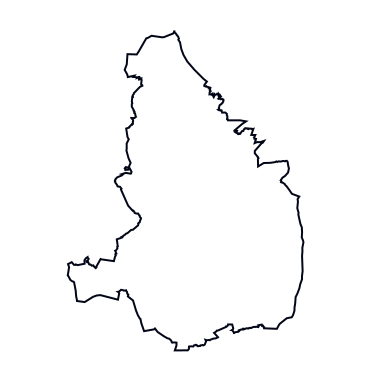 outline of San Miguel de Allende, Guanajuato, Mexico, rotated 95°
{"feature_id": "50627088B14909927143163", "entity_name": "San Miguel de Allende", "entity_type": "district", "adm_level": 2, "iso_a3": "MEX", "parent_name": "Mexico", "parent_adm1": "Guanajuato", "projection": "robinson", "projection_center": [-100.76, 20.913], "detail": "fine", "context": "isolated", "style": "outline", "palette": "ink", "viewbox_px": 384, "rotation_deg": 95, "n_neighbors": 0, "source": "geoboundaries", "source_scale": "gbopen_adm2", "svg_char_len": 6024}
<svg xmlns="http://www.w3.org/2000/svg" viewBox="0 0 384 384"><g transform="rotate(95 192 192)"><path d="M274.6,309.2L277.6,307.9L286.0,308.5L286.3,308.0L290.2,305.5L291.5,303.3L291.7,302.1L292.2,301.6L300.3,299.3L306.6,298.2L308.5,297.5L310.6,297.1L311.0,289.3L305.1,281.5L303.4,277.9L302.7,274.3L305.7,256.4L299.3,255.7L298.2,256.4L297.9,257.0L297.6,256.0L295.6,254.1L295.7,252.6L296.2,251.1L295.7,249.2L296.3,249.1L296.9,248.2L299.1,247.5L299.8,246.5L301.6,246.8L305.2,241.3L315.0,237.4L319.4,235.2L322.7,232.9L322.9,232.3L327.0,231.1L334.8,227.6L332.1,217.7L331.2,217.0L334.4,214.1L338.0,207.7L339.8,203.9L340.2,201.8L341.9,199.7L343.6,199.0L343.8,198.6L343.4,196.9L343.4,194.3L346.4,194.1L351.3,195.3L350.1,182.4L348.6,181.4L346.2,181.5L345.8,179.3L345.8,177.3L344.5,176.5L344.4,175.7L343.9,175.1L344.1,173.9L345.1,173.1L344.7,170.5L344.0,170.2L343.8,168.6L343.5,168.2L343.8,167.2L342.9,166.0L339.6,165.0L338.1,165.7L338.4,164.5L338.0,162.5L338.1,161.3L337.6,160.9L336.2,158.0L335.8,155.8L334.7,153.7L334.4,153.4L330.4,157.7L329.0,155.9L327.9,155.2L327.9,154.4L323.4,146.2L323.0,146.3L322.9,145.6L322.3,145.0L321.1,144.3L320.8,144.4L320.5,140.4L324.3,139.0L325.2,139.3L326.1,140.3L326.1,139.8L327.8,138.5L328.0,138.1L328.8,137.9L328.7,137.5L328.0,137.0L327.2,133.6L326.5,133.0L326.4,133.6L325.8,133.5L324.7,131.1L324.7,130.1L323.7,129.4L323.7,128.9L324.4,129.1L324.4,128.4L322.9,125.6L323.2,124.1L322.4,123.2L322.5,122.1L322.1,121.5L322.2,120.9L321.1,119.2L320.9,116.9L320.6,116.4L320.8,114.2L319.7,113.8L319.0,114.3L318.0,110.9L319.3,110.5L319.1,109.5L320.2,109.1L320.4,108.3L321.5,108.3L320.9,95.5L316.4,93.6L315.3,92.7L309.5,86.6L308.1,81.7L305.8,80.6L301.4,79.6L297.9,79.8L294.4,79.5L287.6,79.6L284.1,78.2L278.4,76.6L274.6,76.2L269.3,74.8L266.4,75.1L261.3,74.9L246.0,76.8L242.0,76.8L237.9,77.2L232.4,76.6L230.8,77.1L227.6,78.7L222.7,78.8L217.7,79.5L214.4,81.2L205.2,84.1L203.5,84.0L198.9,85.7L192.3,85.6L189.9,86.2L187.2,84.8L185.1,92.3L181.3,95.4L177.8,98.5L177.3,99.4L175.9,100.4L174.9,102.3L174.5,104.1L173.6,103.8L172.8,104.7L169.9,103.2L168.0,100.8L164.3,98.0L160.0,97.5L157.9,98.3L153.3,99.5L152.7,100.3L152.9,101.4L153.3,101.9L153.1,103.9L154.0,106.4L153.9,108.2L154.6,109.7L154.2,110.6L155.0,111.8L156.1,116.5L156.9,123.1L160.8,128.4L153.5,129.2L152.5,128.7L151.8,129.5L151.4,129.4L148.0,132.8L145.6,133.0L137.7,127.2L136.6,125.7L134.8,124.7L136.4,128.4L136.6,131.4L137.8,133.8L133.6,132.9L133.5,134.5L132.8,134.5L132.2,135.0L131.8,134.6L129.7,133.9L130.0,137.9L123.9,136.4L124.3,137.2L124.2,137.7L123.8,137.8L123.8,140.2L124.0,141.0L124.4,141.2L124.3,141.9L123.8,141.8L123.8,144.6L124.5,144.8L125.0,145.7L126.7,146.2L126.9,147.3L127.4,147.8L129.9,149.1L130.3,150.6L130.3,150.9L129.5,150.8L129.6,151.9L129.1,153.1L127.1,152.4L127.0,152.9L127.8,153.2L127.5,154.3L128.5,154.1L128.3,154.7L127.2,155.2L119.8,147.9L116.9,144.3L116.4,150.5L117.5,162.4L115.6,163.1L115.8,163.4L113.5,163.3L112.5,164.0L111.1,164.1L109.9,165.9L110.3,168.9L108.1,169.7L108.4,170.8L108.2,171.5L107.7,171.6L107.6,172.3L108.0,172.6L107.8,173.0L107.3,172.0L107.3,172.6L106.3,172.3L106.0,172.6L103.1,172.0L102.4,171.3L102.0,170.4L101.2,170.2L100.5,169.3L99.1,168.7L97.5,168.6L97.1,168.9L97.3,169.5L96.7,170.1L97.1,171.7L96.4,172.6L96.9,173.6L96.8,173.8L96.3,173.2L95.5,173.3L95.5,172.8L94.6,171.6L93.4,173.2L93.9,173.5L94.0,173.9L93.0,174.4L93.2,172.4L92.5,172.9L92.2,174.0L91.8,174.3L92.5,174.5L92.0,175.6L93.1,176.8L93.2,177.8L92.4,178.3L93.1,179.0L94.3,178.9L94.5,178.2L95.6,178.6L93.4,180.1L92.2,180.2L92.6,180.8L93.4,181.2L93.0,182.4L93.2,183.1L90.9,183.1L90.1,182.2L89.2,182.6L89.0,183.1L87.8,182.9L87.6,183.5L87.3,183.0L86.5,182.8L85.8,186.5L85.4,186.9L85.8,187.3L85.3,189.0L84.2,189.0L80.7,186.8L78.3,190.4L69.9,200.4L62.4,208.1L56.4,212.3L50.6,215.1L43.9,217.0L41.5,218.9L40.3,218.4L38.7,219.2L37.3,220.3L37.2,220.7L35.4,222.0L34.6,223.5L32.7,223.4L35.7,224.5L40.2,233.5L40.5,235.4L39.9,245.9L42.7,250.0L42.8,250.9L56.6,257.3L59.8,259.0L60.3,268.3L70.5,268.1L76.2,269.7L80.5,266.8L83.1,265.9L81.1,259.5L82.5,260.4L82.5,256.8L83.1,256.9L82.3,255.6L83.6,255.0L83.2,254.5L82.2,255.1L82.0,254.4L82.7,254.0L83.7,254.8L84.6,254.6L84.4,254.0L83.8,253.6L83.3,252.4L84.3,252.5L84.4,252.1L85.2,251.9L88.9,252.1L89.3,252.0L89.9,250.9L90.5,250.7L91.8,253.0L98.6,258.5L99.4,258.5L100.9,259.5L102.1,259.2L102.0,259.6L102.2,259.8L107.3,259.8L108.7,259.2L109.5,259.6L112.3,259.4L115.6,257.1L116.1,257.3L116.9,256.3L118.2,256.5L118.6,255.6L121.6,254.7L122.0,254.4L123.4,255.9L123.5,258.9L123.8,258.8L124.8,257.4L125.7,257.0L126.5,256.8L127.0,257.1L129.0,256.8L129.0,257.2L129.5,257.7L130.3,257.7L130.4,258.3L132.7,260.2L132.9,260.0L133.3,260.2L134.5,263.1L143.0,261.0L144.9,259.6L149.4,261.3L154.9,260.8L156.2,261.0L163.8,258.2L168.3,255.7L172.8,257.2L173.3,258.9L172.9,260.1L174.3,261.1L174.9,260.7L174.9,260.4L175.8,260.3L175.3,257.3L174.7,256.3L174.5,256.7L174.0,256.0L177.1,254.0L178.8,254.3L179.1,254.7L178.7,259.7L180.3,263.5L180.6,262.4L181.7,263.5L183.9,267.8L186.1,269.5L186.6,269.3L187.5,269.8L188.0,269.8L188.5,269.3L189.2,269.3L191.4,267.4L192.9,266.6L193.1,264.2L194.9,262.5L195.7,263.0L211.1,254.5L215.7,249.6L215.4,249.4L215.7,248.8L216.9,247.7L217.9,247.3L218.3,245.5L218.2,243.7L219.5,242.9L220.0,242.1L221.2,241.9L222.4,240.6L223.1,240.5L225.4,241.4L226.3,241.3L226.9,241.6L227.2,242.3L228.0,242.9L228.5,242.6L229.9,242.8L234.7,247.5L235.1,249.3L238.7,252.8L239.3,254.2L240.6,255.2L241.5,256.6L242.4,257.1L242.8,257.9L243.1,257.4L243.4,257.6L243.4,258.1L244.0,258.9L245.7,262.8L252.6,261.2L253.0,261.7L254.7,261.4L257.1,262.8L257.3,263.4L259.5,262.2L259.5,262.4L260.6,262.5L260.8,262.9L261.8,262.4L263.0,263.0L267.7,263.8L267.0,276.4L266.7,277.2L274.7,280.8L275.4,280.6L276.2,281.3L275.2,282.7L273.7,283.9L274.2,285.3L273.1,286.7L273.2,287.7L273.0,288.2L271.0,289.2L271.1,290.5L270.9,290.7L270.0,290.9L269.2,289.8L267.8,289.2L267.4,289.2L266.6,290.3L266.0,290.4L267.3,292.0L269.5,293.2L272.8,292.7L274.8,299.5L274.3,301.5L274.8,301.8L274.8,303.3L272.4,305.7L274.6,309.2Z" fill="none" stroke="#020617" stroke-width="2"/></g></svg>